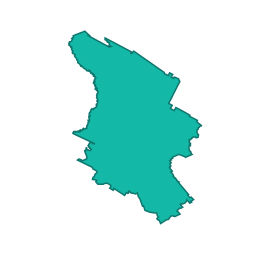 El Chal, Petén, Guatemala (Equal Earth projection), rotated 116°
{"feature_id": "79465075B2800048141456", "entity_name": "El Chal", "entity_type": "district", "adm_level": 2, "iso_a3": "GTM", "parent_name": "Guatemala", "parent_adm1": "Petén", "projection": "equal_earth", "projection_center": [-89.714, 16.515], "detail": "fine", "context": "isolated", "style": "filled", "palette": "teal", "viewbox_px": 256, "rotation_deg": 116, "n_neighbors": 0, "source": "geoboundaries", "source_scale": "gbopen_adm2", "svg_char_len": 5857}
<svg xmlns="http://www.w3.org/2000/svg" viewBox="0 0 256 256"><g transform="rotate(116 128 128)"><path d="M191.8,65.1L194.1,63.0L194.9,61.4L196.6,62.4L197.4,61.2L197.4,59.3L199.6,56.8L193.6,53.2L192.7,51.8L191.0,51.2L189.9,51.2L188.1,50.7L187.9,50.1L187.2,49.0L187.3,48.2L187.0,47.0L182.6,43.5L181.2,46.6L181.3,47.4L180.4,47.6L177.4,46.3L176.6,45.0L175.2,44.1L174.8,45.5L174.3,46.3L174.0,47.3L173.5,47.1L173.0,47.3L172.6,46.7L172.4,45.6L170.7,44.1L169.2,43.5L168.8,43.6L167.2,43.1L166.8,43.3L168.5,39.5L166.7,38.3L166.3,39.4L163.6,37.6L162.4,41.0L162.9,41.3L163.4,42.2L162.2,44.9L161.3,44.3L154.9,58.7L154.1,58.4L154.1,60.8L153.5,61.0L152.7,62.7L152.1,63.4L152.6,64.0L151.7,66.1L151.3,65.7L149.4,68.2L148.8,70.3L147.3,69.3L145.6,73.3L145.0,72.9L144.3,73.5L143.5,72.8L141.5,74.8L140.3,73.9L139.2,76.2L137.6,75.0L137.2,75.9L135.4,74.6L134.8,75.3L129.4,70.6L128.8,63.9L129.2,63.5L123.7,58.8L123.5,59.6L123.1,59.8L122.8,60.2L122.9,60.9L121.8,61.2L121.5,62.1L121.6,62.6L119.5,64.4L116.7,65.4L115.9,65.2L116.3,64.3L115.3,64.7L114.8,64.8L114.3,65.3L114.7,65.7L113.8,67.0L112.5,67.1L112.2,67.6L111.4,67.8L111.1,67.3L111.3,67.0L110.7,66.9L110.2,66.3L109.6,66.0L109.0,66.0L108.6,66.3L107.9,65.8L107.3,64.8L107.1,64.7L106.6,63.6L106.9,62.4L105.7,61.0L104.9,61.1L104.3,61.5L103.4,61.5L103.1,61.8L102.8,62.7L101.7,64.1L100.6,64.7L100.1,64.7L99.7,65.1L98.0,64.4L97.0,65.0L95.9,64.2L95.1,64.3L94.4,63.7L93.9,62.9L93.8,62.4L92.3,68.9L90.7,68.9L90.5,78.1L89.4,78.0L88.9,85.1L88.6,93.9L92.1,94.1L91.9,98.4L88.2,98.2L88.1,102.3L81.7,102.0L78.8,102.1L63.5,101.8L61.6,104.3L61.9,108.8L63.4,108.6L63.3,111.5L60.2,111.3L60.2,114.8L63.2,114.8L63.2,119.2L62.2,119.8L56.4,156.6L59.5,157.3L59.4,158.4L58.1,158.4L57.1,188.0L57.7,187.7L58.2,187.7L58.7,187.2L58.8,185.0L59.2,184.4L59.6,184.6L59.9,183.9L59.7,182.8L59.4,182.6L59.4,182.3L61.9,181.1L62.1,180.6L61.9,179.9L62.2,179.6L62.2,179.0L62.5,179.4L62.9,181.0L63.2,180.4L63.5,180.4L62.5,203.8L61.9,202.9L59.9,209.2L69.0,217.7L70.2,216.9L70.9,217.3L71.5,217.3L72.1,217.8L72.2,217.5L72.0,217.0L72.4,216.6L73.1,217.0L74.6,216.8L75.7,217.4L76.1,218.3L76.7,218.4L77.2,218.1L77.9,218.3L78.2,218.1L78.5,217.2L79.3,217.4L79.6,217.2L79.6,215.8L79.8,214.5L80.2,214.9L80.5,214.8L80.9,214.2L80.9,213.8L81.2,213.2L82.4,213.0L82.4,212.6L83.2,211.0L84.3,211.4L84.8,211.0L85.2,210.2L85.3,209.5L85.0,208.7L85.3,207.7L86.0,207.5L86.6,207.7L87.3,206.8L87.8,205.3L88.6,204.3L89.3,203.9L89.5,202.9L90.0,202.2L91.3,201.8L91.5,200.9L91.5,200.4L92.0,199.0L92.4,197.0L92.6,197.0L92.7,197.7L93.0,197.9L93.2,197.7L92.9,195.7L93.6,194.2L93.6,193.7L93.4,193.6L93.8,192.9L93.7,191.5L94.1,191.1L94.6,190.3L94.1,189.4L94.4,188.7L94.2,188.4L93.8,188.2L93.3,188.4L93.1,187.2L93.7,187.3L94.1,186.8L94.3,186.4L94.1,185.7L94.5,185.1L94.7,185.6L95.0,185.5L94.8,184.6L95.1,184.2L94.9,183.9L94.6,184.1L94.4,183.5L95.4,183.2L95.6,182.1L95.0,182.5L94.8,182.2L94.8,181.8L95.6,181.3L95.9,181.5L96.2,182.0L96.5,181.8L96.4,179.8L97.1,179.6L97.1,179.1L97.3,178.8L98.3,179.3L99.4,179.0L99.5,179.3L99.8,179.4L100.0,179.3L100.7,178.2L100.9,178.2L101.4,179.0L101.6,178.9L101.8,178.0L101.9,177.9L102.5,178.2L102.6,178.8L102.8,178.8L102.9,178.0L103.6,177.2L103.4,176.4L103.5,176.0L103.8,175.9L104.6,176.3L104.8,176.2L105.1,175.5L105.8,174.9L105.9,174.6L105.5,174.2L106.0,173.3L106.6,174.0L106.8,174.6L107.4,174.6L107.4,174.2L107.6,173.6L107.4,173.0L107.4,172.5L107.8,172.8L108.0,172.7L108.2,171.7L108.7,170.6L109.3,170.4L109.8,170.7L110.5,170.4L111.2,170.9L112.4,170.1L112.8,170.3L113.6,169.4L114.5,169.6L116.4,166.9L117.2,167.0L117.3,167.7L117.7,167.5L117.9,166.8L118.6,166.5L120.1,166.1L120.4,166.8L121.3,166.7L121.4,166.0L123.2,165.6L124.4,166.7L125.7,167.5L125.9,167.4L126.0,167.2L126.5,167.2L126.5,168.9L127.0,168.8L128.0,169.3L128.6,168.9L129.3,169.1L129.9,168.5L130.6,169.2L131.7,169.3L132.1,169.0L132.6,169.0L132.7,168.7L133.1,168.4L134.2,168.3L133.8,167.5L134.1,167.2L134.8,168.0L135.6,167.9L137.4,166.2L137.9,166.4L138.6,167.3L138.8,167.1L139.1,165.8L140.6,166.4L141.8,165.7L143.5,166.0L144.2,165.9L144.3,165.5L144.5,165.3L145.2,165.6L145.7,165.4L146.0,165.5L146.3,165.0L146.5,164.9L148.0,166.7L147.7,167.5L147.9,168.1L148.7,168.2L149.2,167.6L150.1,168.0L150.2,168.9L150.4,168.7L150.6,169.3L150.9,168.8L151.5,169.3L151.1,170.0L151.3,170.3L151.6,170.4L152.0,169.6L152.3,169.5L152.2,171.0L152.5,171.2L153.0,170.5L153.5,171.0L153.4,171.2L152.9,171.3L152.9,171.8L153.2,172.0L153.8,172.1L153.9,172.9L154.5,173.4L154.1,173.7L154.2,173.9L154.6,174.2L154.5,174.6L155.1,175.2L155.5,174.8L156.5,175.4L156.9,175.2L157.1,174.8L156.7,150.8L157.6,152.8L157.2,153.8L157.1,155.1L157.6,155.8L158.0,155.8L158.3,156.0L158.9,155.8L160.0,156.2L160.8,155.7L161.4,156.1L162.4,154.8L162.2,154.2L163.0,153.4L162.9,152.6L163.2,151.6L163.6,151.5L163.8,152.0L164.7,152.3L165.0,152.5L165.3,153.6L165.1,154.3L165.3,155.0L164.9,156.0L164.0,156.4L164.1,156.8L165.2,156.6L165.5,156.1L166.0,156.2L166.7,155.9L166.9,155.9L166.8,156.7L167.3,157.0L167.6,156.6L168.2,156.4L168.9,155.4L169.4,155.2L169.5,154.7L170.3,154.2L170.9,153.3L172.0,152.4L172.0,152.2L173.0,151.8L173.9,152.1L174.5,151.8L174.8,152.0L175.2,152.8L175.6,152.9L175.8,153.3L177.4,154.6L177.2,155.2L177.3,155.7L177.1,155.9L177.2,156.6L177.4,156.7L177.2,157.2L177.2,157.9L177.7,158.8L178.2,158.8L178.3,159.1L179.0,159.4L179.0,142.5L180.1,141.8L180.4,136.8L181.7,136.5L184.4,137.4L186.4,137.0L187.8,137.8L189.8,137.4L189.4,135.8L188.9,135.3L188.9,133.1L190.5,133.4L191.7,130.6L191.0,128.9L189.4,125.6L188.6,125.2L187.0,123.1L186.8,121.1L187.0,118.6L188.1,117.8L190.1,118.1L190.5,114.1L189.6,113.9L188.5,114.2L190.1,101.5L186.7,101.1L186.9,100.0L186.6,99.9L186.4,99.2L185.9,99.5L185.3,99.3L185.2,99.1L184.7,99.5L184.2,99.4L185.1,97.0L184.3,94.2L183.9,92.2L182.9,91.6L182.8,91.3L182.5,91.1L185.2,88.5L186.5,86.2L191.9,80.7L191.2,79.9L194.6,76.6L194.0,70.8L193.6,70.1L192.9,67.3L191.8,65.1Z" fill="#14b8a6" stroke="#0f766e" stroke-width="1.5"/></g></svg>